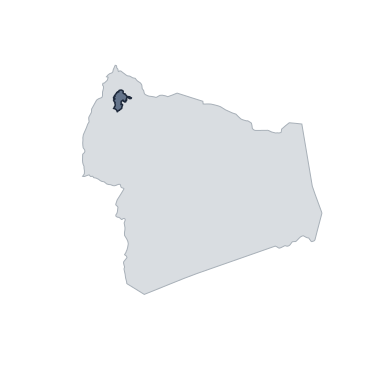 location of Batna within Algeria, rotated 299°
{"feature_id": "DZA-2216", "entity_name": "Batna", "entity_type": "Province", "adm_level": 1, "iso_a3": "DZA", "parent_name": "Algeria", "parent_adm1": "", "projection": "equal_earth", "projection_center": [5.884, 35.34], "detail": "fine", "context": "in_parent", "style": "filled", "palette": "slate", "viewbox_px": 384, "rotation_deg": 299, "n_neighbors": 0, "source": "natural_earth", "source_scale": "10m", "svg_char_len": 6044}
<svg xmlns="http://www.w3.org/2000/svg" viewBox="0 0 384 384"><g transform="rotate(299 192 192)"><path d="M265.6,63.4L265.8,64.2L265.8,64.8L264.9,65.5L264.2,65.8L263.5,67.6L262.0,68.8L261.8,69.2L261.8,69.5L262.8,70.0L263.1,70.6L263.3,71.2L262.9,73.7L262.3,78.1L262.3,79.1L262.7,80.2L263.1,81.1L263.2,82.1L263.1,84.6L263.5,86.0L263.9,87.3L263.1,89.0L262.7,90.4L262.5,92.5L262.4,93.9L261.9,95.1L261.2,96.2L260.3,96.9L259.3,97.6L258.2,98.4L257.3,100.5L255.2,102.4L254.8,103.0L254.6,104.4L254.7,106.4L255.0,108.0L256.0,110.4L256.9,113.0L257.2,114.4L257.5,114.9L258.7,115.7L260.8,116.9L261.2,117.4L262.3,119.2L263.3,122.4L263.6,124.6L267.4,127.9L271.0,130.8L271.3,131.2L273.3,141.1L274.0,144.7L276.6,157.5L275.6,158.2L274.4,159.1L275.3,160.8L277.0,163.7L278.1,166.0L278.4,167.0L279.2,169.8L279.9,172.6L280.1,173.5L280.4,175.6L280.1,181.5L280.7,188.9L281.4,192.7L280.4,196.0L279.6,199.3L279.7,200.9L280.2,203.4L280.7,205.3L281.3,206.3L281.2,209.4L281.0,210.6L279.1,212.3L277.0,213.8L276.4,215.1L276.3,216.5L276.6,217.7L282.7,228.4L282.9,229.5L283.1,232.6L284.1,236.4L285.2,238.1L285.7,239.3L286.4,240.2L287.2,240.9L287.7,241.0L290.4,239.9L295.1,241.6L299.5,243.4L299.8,243.7L302.4,249.6L304.7,255.1L255.4,294.4L249.9,300.5L237.1,315.3L236.1,316.0L219.1,320.3L210.3,322.6L209.9,322.7L209.4,322.7L209.0,322.7L208.2,322.3L207.3,321.4L206.7,320.9L206.6,320.2L206.9,319.3L207.4,318.5L207.6,317.8L207.9,317.3L208.2,316.9L208.3,316.3L208.0,315.4L207.7,314.1L207.7,311.7L207.7,310.6L206.9,309.7L205.4,308.7L204.0,308.2L203.3,308.0L201.8,307.6L199.6,307.0L198.8,306.5L197.5,304.3L196.8,303.8L193.6,303.4L192.5,303.1L191.6,302.5L190.9,301.8L190.4,300.6L190.3,299.6L190.0,299.2L186.5,296.8L185.6,296.0L185.1,295.3L185.1,294.2L185.2,292.8L185.1,291.6L185.0,291.0L123.5,236.2L120.2,233.4L112.8,227.1L79.3,199.9L80.2,180.6L80.3,179.6L80.5,179.2L81.6,178.5L83.4,176.8L84.1,176.1L84.9,175.4L87.9,173.2L88.5,172.6L91.4,170.1L92.1,169.7L93.6,169.5L94.2,169.0L95.1,168.0L96.4,166.8L97.2,166.3L97.4,166.2L98.0,166.1L100.5,166.5L101.6,166.7L102.9,166.9L103.3,166.8L103.6,166.4L104.2,165.6L104.3,164.7L104.4,163.8L104.5,163.5L104.7,163.3L105.2,163.4L106.0,163.5L107.5,163.5L108.1,163.3L109.8,163.2L112.3,162.6L115.8,161.4L117.6,159.9L118.8,158.4L120.2,156.1L121.3,154.1L123.4,152.8L125.1,152.1L126.1,151.8L128.3,150.7L132.0,147.7L135.1,147.2L135.5,147.0L135.9,146.4L136.0,145.5L135.5,144.9L134.9,144.5L134.5,144.2L134.0,144.1L133.8,143.6L134.0,142.8L134.1,142.1L134.4,141.3L134.3,140.2L133.9,139.2L133.8,138.4L133.9,137.6L134.1,137.0L134.7,136.7L135.5,136.5L136.5,136.7L138.3,136.4L142.8,134.6L143.1,134.0L143.5,132.8L143.8,131.6L144.3,131.3L144.6,131.2L148.2,130.5L149.0,130.4L155.7,130.8L161.5,131.0L162.0,130.7L162.0,129.9L161.7,128.4L161.9,127.5L162.8,126.6L163.8,125.6L163.4,124.4L162.6,123.6L161.5,122.7L160.9,122.3L159.9,121.2L159.3,119.9L158.9,117.1L158.2,115.6L157.7,113.6L158.3,110.2L157.6,108.1L157.5,107.2L157.5,106.1L157.8,104.2L157.7,101.6L156.9,99.0L157.4,98.0L157.6,97.6L157.5,97.2L156.7,96.3L156.4,95.6L156.6,95.0L157.1,94.0L157.0,93.6L155.8,92.4L153.6,90.6L153.0,89.7L152.7,88.7L154.9,89.0L156.0,88.9L158.5,87.6L160.5,86.0L162.1,85.1L163.5,83.3L164.8,82.1L166.6,80.9L171.8,78.2L172.6,78.2L174.3,78.8L175.7,78.6L176.8,77.7L177.9,75.4L179.6,74.1L181.8,72.7L184.6,71.4L186.6,70.2L189.5,69.2L197.0,68.5L200.8,67.9L203.4,68.0L206.1,66.1L207.4,65.5L213.1,65.4L215.8,64.0L226.0,64.0L227.2,64.5L228.4,65.2L230.5,67.0L231.5,67.4L232.9,67.0L236.0,65.3L239.5,64.4L241.4,63.4L242.2,61.9L243.9,61.4L244.8,62.5L248.5,63.7L250.7,63.3L251.7,63.0L251.3,61.3L253.7,61.8L255.5,62.6L257.4,64.2L258.7,64.5L260.9,63.8L265.6,63.4Z" fill="#d9dde1" stroke="#a8b0b8" stroke-width="1"/><path d="M238.2,78.2L238.3,78.2L238.3,77.9L238.3,77.7L238.6,77.5L239.0,77.6L239.6,77.8L240.4,77.7L241.7,78.2L241.9,78.2L242.1,78.1L242.3,77.9L242.5,77.9L242.8,78.2L242.9,78.3L243.1,78.3L243.6,78.4L243.8,78.5L243.9,78.8L243.8,79.0L243.9,79.3L244.1,79.4L244.3,79.3L244.9,79.1L245.1,79.0L245.4,79.0L245.6,79.1L246.1,79.6L246.9,80.7L246.9,81.4L247.1,82.0L247.0,82.4L246.9,82.7L246.8,82.9L246.6,83.0L246.4,83.2L245.8,83.4L245.6,83.5L245.4,83.6L245.2,83.8L245.0,84.1L245.0,84.3L245.0,84.7L245.0,85.2L245.0,85.4L245.0,85.5L245.3,85.6L245.4,85.8L245.3,86.0L244.9,86.4L244.8,86.6L244.7,87.6L244.3,88.3L244.2,88.5L244.2,89.2L244.2,89.4L244.3,89.6L244.6,90.2L245.0,91.1L245.0,91.3L245.1,91.5L244.9,92.2L244.8,92.4L244.8,92.6L244.9,92.8L245.0,93.1L244.9,93.4L244.7,93.4L244.3,93.4L244.2,93.3L244.1,93.2L243.8,92.8L243.6,92.6L243.5,92.4L243.4,92.2L243.4,91.9L243.5,91.2L243.5,90.6L243.5,90.4L243.6,90.0L243.7,89.9L243.6,89.7L243.3,89.3L243.2,89.2L242.7,89.3L242.2,89.4L241.9,89.4L241.8,89.5L241.6,89.5L241.3,89.7L241.2,89.9L241.1,90.1L240.9,90.1L240.6,90.3L240.4,90.3L240.2,90.2L240.1,89.9L240.0,89.7L239.9,89.4L239.7,89.4L239.4,89.5L239.2,90.2L239.0,90.3L238.8,90.3L238.6,90.1L238.2,89.7L238.1,89.3L238.3,88.9L238.3,88.7L238.1,88.2L238.3,87.9L238.7,87.5L238.8,87.3L238.9,87.2L238.7,86.9L237.6,86.6L237.2,86.2L236.3,86.4L235.8,86.7L234.9,87.3L234.2,87.5L234.6,88.2L234.7,88.3L234.8,88.4L234.8,88.5L234.8,88.8L234.6,88.9L234.4,89.0L234.1,89.2L233.8,89.3L232.5,89.3L232.3,89.4L232.1,89.5L231.8,89.7L231.6,89.9L231.2,89.9L230.8,89.9L230.3,89.7L229.9,89.4L229.2,89.0L228.8,89.0L228.7,89.0L228.4,89.0L228.4,88.9L228.2,88.7L227.8,88.3L227.6,88.2L227.3,88.1L227.1,88.0L226.3,88.0L226.2,87.9L226.0,87.7L226.3,87.3L226.7,86.9L227.0,86.5L227.1,86.2L227.3,85.3L227.4,84.9L227.4,84.4L227.3,83.9L227.1,83.1L227.1,82.9L227.3,82.9L227.5,83.0L227.7,83.3L227.9,83.4L228.0,83.4L228.3,83.2L228.5,83.0L228.6,82.9L228.9,82.9L229.5,82.9L229.7,83.0L229.9,83.1L230.0,83.1L230.6,82.8L230.9,82.7L231.2,82.5L232.4,81.4L232.7,81.4L232.8,81.3L233.0,81.3L233.1,81.1L233.2,80.9L233.3,80.7L233.3,80.2L233.5,79.9L234.0,79.4L234.3,79.2L234.4,78.8L234.6,78.8L234.9,78.9L235.2,79.0L235.3,79.1L235.5,79.3L236.0,79.5L236.2,79.3L236.4,78.9L236.2,78.7L235.9,78.5L235.8,78.4L235.9,78.2L236.0,78.0L236.2,77.8L236.5,77.6L236.8,77.5L237.0,77.5L237.3,77.6L237.6,77.8L238.0,78.2L238.2,78.2Z" fill="#64748b" stroke="#1e293b" stroke-width="1.5"/></g></svg>